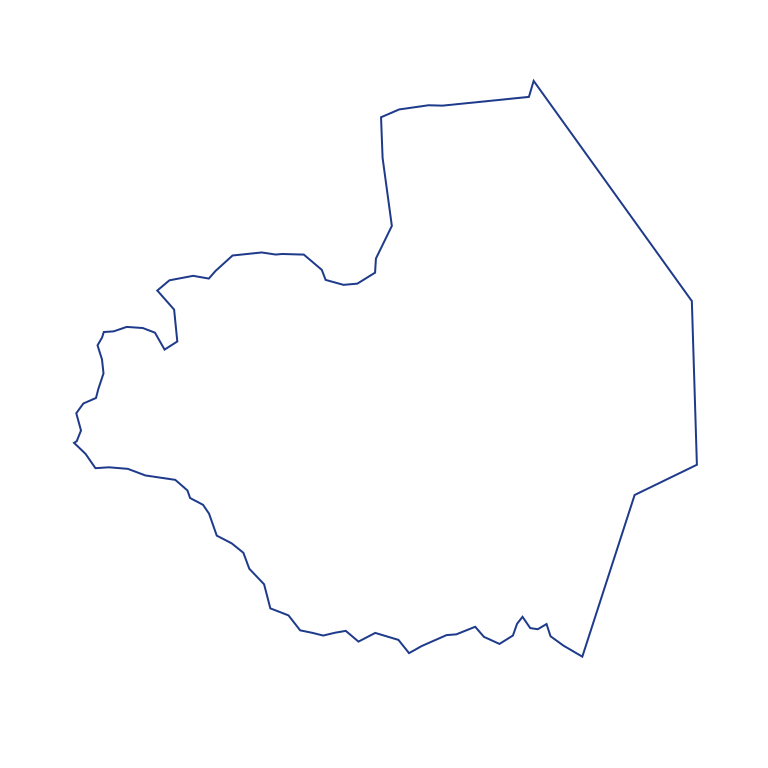 Prastio Kellakiou, Limassol, Cyprus, rotated 265°
{"feature_id": "46923920B33838275162727", "entity_name": "Prastio Kellakiou", "entity_type": "district", "adm_level": 2, "iso_a3": "CYP", "parent_name": "Cyprus", "parent_adm1": "Limassol", "projection": "robinson", "projection_center": [33.132, 34.803], "detail": "fine", "context": "isolated", "style": "outline", "palette": "blue", "viewbox_px": 768, "rotation_deg": 265, "n_neighbors": 0, "source": "geoboundaries", "source_scale": "gbopen_adm2", "svg_char_len": 1235}
<svg xmlns="http://www.w3.org/2000/svg" viewBox="0 0 768 768"><g transform="rotate(265 384 384)"><path d="M352.4,70.1L340.4,80.6L325.3,89.2L325.0,102.7L321.8,121.4L313.7,138.3L306.7,167.7L295.1,178.9L287.3,180.9L279.4,193.2L270.1,198.4L247.5,204.2L238.5,218.4L228.1,229.2L211.7,233.7L194.9,247.1L170.4,251.2L161.8,268.7L145.9,279.0L142.3,291.1L138.7,301.5L140.5,313.6L141.4,324.4L129.6,336.1L136.8,353.6L127.8,376.1L113.7,385.5L119.6,398.5L128.4,424.4L128.3,434.2L134.2,453.7L123.4,461.5L115.0,476.4L122.2,490.5L133.6,495.7L140.0,501.7L128.1,508.4L126.3,515.8L130.7,525.0L118.2,527.9L107.7,540.0L95.1,557.8L251.6,624.0L276.3,688.7L276.9,688.7L439.8,697.9L444.3,695.2L672.9,559.5L657.4,553.4L656.2,466.5L657.8,452.7L656.2,423.0L650.0,404.3L609.4,402.3L540.8,405.6L509.7,386.9L495.7,384.8L486.3,366.2L486.3,352.3L492.8,334.9L503.1,332.0L519.9,315.4L522.4,293.9L522.4,287.4L525.7,273.6L525.2,244.3L511.3,226.0L504.3,218.7L508.4,203.3L506.0,179.3L496.9,166.3L476.4,181.4L444.4,181.8L437.4,168.4L455.1,160.3L460.8,148.5L463.3,132.6L460.0,119.2L460.2,109.4L454.9,107.2L447.5,102.0L433.1,105.2L419.0,105.5L403.5,98.8L395.2,95.9L390.8,82.8L381.7,74.9L364.1,78.1L353.8,72.9L352.4,70.1Z" fill="none" stroke="#1e3a8a" stroke-width="2"/></g></svg>